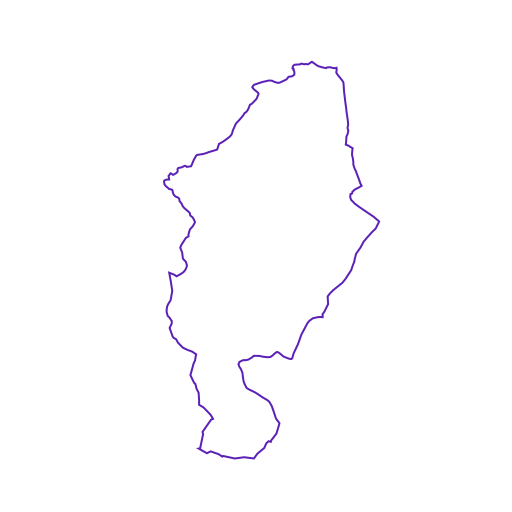 Hulu Sungai Tengah, Kalimantan Selatan, Indonesia (Natural Earth projection), rotated 106°
{"feature_id": "22746128B20472072190374", "entity_name": "Hulu Sungai Tengah", "entity_type": "district", "adm_level": 2, "iso_a3": "IDN", "parent_name": "Indonesia", "parent_adm1": "Kalimantan Selatan", "projection": "natural_earth1", "projection_center": [115.446, -2.611], "detail": "fine", "context": "isolated", "style": "outline", "palette": "violet", "viewbox_px": 512, "rotation_deg": 106, "n_neighbors": 0, "source": "geoboundaries", "source_scale": "gbopen_adm2", "svg_char_len": 5206}
<svg xmlns="http://www.w3.org/2000/svg" viewBox="0 0 512 512"><g transform="rotate(106 256 256)"><path d="M188.3,147.1L188.7,147.3L187.3,150.6L185.8,153.8L184.9,156.6L184.3,158.3L184.1,159.1L183.3,161.5L180.7,169.4L179.5,172.7L179.1,173.7L178.6,175.1L175.9,179.9L175.1,180.6L174.8,180.8L174.5,181.0L173.1,181.8L171.8,182.0L171.1,182.1L170.3,182.2L169.7,181.1L169.3,180.9L168.6,180.9L167.6,181.0L166.7,180.4L166.4,180.3L166.2,180.1L165.4,179.7L164.8,179.3L164.0,178.5L163.6,178.0L162.3,176.5L159.4,173.8L157.5,175.7L155.4,177.1L153.1,178.8L150.5,180.7L148.7,182.2L147.8,182.6L144.5,185.5L141.4,187.6L138.6,188.4L135.1,190.0L132.3,191.6L128.2,192.5L125.8,192.8L125.3,194.6L125.1,195.6L124.7,196.7L124.5,197.4L124.2,200.4L123.4,200.5L121.5,200.8L118.9,201.4L116.1,202.0L114.8,201.7L113.3,201.6L112.6,201.6L110.1,201.8L109.2,202.4L107.7,203.3L106.2,203.5L104.6,203.5L100.9,204.9L92.7,208.6L88.3,210.4L85.0,211.9L74.1,216.5L65.3,219.7L64.3,220.6L64.1,220.9L64.0,221.0L63.4,221.6L63.3,221.8L62.4,223.1L61.5,224.2L60.7,225.5L60.2,226.3L59.7,226.9L59.4,227.3L58.3,228.7L57.4,229.4L55.9,229.7L54.9,229.7L53.8,230.1L52.9,230.5L53.2,231.0L53.9,232.5L54.1,234.4L54.1,236.7L54.7,238.5L55.1,239.6L56.1,240.4L56.4,244.8L56.3,246.6L56.4,247.5L56.4,247.8L56.3,248.4L56.1,249.5L55.3,251.8L53.9,255.8L54.0,255.9L56.0,257.6L57.5,259.0L57.8,261.5L58.4,262.4L58.6,265.6L59.7,266.5L59.8,266.9L60.1,267.7L60.3,268.3L61.4,271.4L61.9,271.9L62.1,272.1L62.7,272.5L63.4,272.8L64.2,272.8L64.8,272.6L65.3,272.7L65.6,272.6L65.6,271.7L66.0,271.2L66.9,271.3L67.9,270.2L69.5,269.5L71.2,269.2L73.2,270.7L74.8,274.1L77.2,275.1L77.8,275.3L81.7,279.7L81.8,279.8L82.8,281.0L83.5,282.5L83.6,284.3L83.6,285.6L83.4,287.4L83.1,288.8L83.1,289.2L83.6,291.1L83.7,291.9L87.2,298.2L91.9,305.0L93.7,305.9L94.8,306.1L96.3,304.1L98.5,299.0L99.4,298.2L104.7,298.8L105.0,298.9L110.7,301.9L112.3,303.5L116.5,303.9L118.3,304.3L120.3,305.1L120.5,305.2L121.6,306.3L122.5,306.6L123.9,306.9L125.8,307.7L127.5,308.4L128.0,308.7L130.0,309.6L134.2,311.8L138.7,312.4L141.7,312.9L144.0,312.8L145.9,313.0L146.0,313.0L148.2,313.9L151.3,316.2L152.9,317.4L155.5,319.5L158.5,322.5L163.4,322.6L164.6,322.9L169.4,330.4L170.7,332.0L172.8,335.4L172.8,335.6L175.1,340.5L176.1,341.2L180.8,342.3L181.0,342.3L187.6,343.1L189.4,347.0L189.2,347.5L189.0,347.9L188.9,348.8L189.1,349.6L190.2,350.7L191.3,351.9L192.7,354.8L193.0,355.1L194.1,355.4L194.9,355.1L195.1,355.0L195.6,354.8L196.8,354.7L198.1,355.4L200.8,357.9L200.8,358.5L200.4,359.5L200.2,360.1L200.0,360.6L200.2,361.1L200.6,361.2L202.0,361.6L203.2,362.1L203.3,362.0L206.4,360.6L207.3,363.3L208.7,364.9L210.0,364.9L210.9,364.4L212.4,363.7L213.7,361.9L214.7,359.7L215.5,358.0L215.4,356.2L215.4,355.4L215.5,355.0L215.5,354.8L216.3,354.1L217.6,353.6L218.4,353.0L219.4,352.3L220.3,351.2L220.8,350.2L221.2,348.8L221.2,347.8L221.2,347.6L221.9,345.8L223.0,345.2L224.3,344.6L226.4,341.7L226.9,341.3L228.1,340.4L229.6,338.3L232.0,333.2L232.4,332.3L233.3,331.2L234.5,330.8L235.3,330.1L236.3,327.6L238.2,325.6L240.2,324.0L241.7,324.2L243.0,324.5L245.1,325.1L248.6,326.8L251.1,326.9L253.4,326.9L254.0,326.8L255.7,326.3L257.9,328.4L266.3,330.9L269.0,331.1L272.9,328.0L278.7,325.5L281.0,321.7L284.2,319.7L285.8,319.7L288.8,320.1L291.4,321.2L293.3,322.7L295.3,324.5L296.4,325.8L296.7,326.1L297.4,326.7L296.5,329.5L296.0,334.8L303.7,331.0L312.5,326.9L317.3,326.4L322.0,325.9L326.6,327.2L329.0,327.5L332.8,327.0L334.6,326.4L337.9,324.4L339.1,322.2L341.8,319.0L344.2,318.4L349.0,319.2L356.4,313.9L357.4,312.7L358.0,309.9L360.8,307.1L364.3,301.0L365.1,296.3L365.5,291.1L367.0,286.4L369.3,286.3L370.7,286.1L372.0,285.9L372.8,285.8L377.3,286.4L379.2,286.3L379.5,286.3L388.6,286.2L391.8,283.4L395.0,280.5L395.7,279.1L395.8,279.1L396.7,278.5L396.8,278.3L399.8,276.7L400.9,275.7L401.0,275.6L401.6,275.1L401.8,274.9L402.4,274.3L403.2,273.5L410.4,270.9L414.7,269.7L416.1,264.6L421.2,255.8L424.4,252.4L425.8,254.1L439.8,258.9L442.1,257.6L442.6,257.7L456.2,256.7L456.9,258.0L458.4,252.0L459.1,248.8L456.3,245.7L456.8,237.4L458.1,233.1L457.3,232.7L456.5,220.6L452.7,211.9L451.2,202.2L445.7,200.2L438.2,195.1L433.3,194.5L430.6,192.9L430.5,190.5L429.2,190.6L421.1,187.4L412.2,187.3L410.2,187.4L408.4,189.8L408.3,190.0L407.2,191.4L405.8,192.7L404.3,193.6L402.8,194.7L400.7,196.1L395.9,199.5L392.4,203.1L391.1,206.3L390.8,207.9L390.4,209.3L390.0,211.0L389.4,212.7L388.8,214.5L387.4,219.1L386.3,225.4L385.8,227.4L385.3,228.8L382.6,231.3L380.2,233.2L376.0,235.2L372.1,236.8L369.0,239.2L366.9,241.6L364.9,243.0L362.4,242.7L360.9,241.1L359.5,239.4L359.1,237.4L357.7,234.8L354.5,231.8L352.6,230.7L351.1,225.2L350.9,221.7L350.2,217.2L349.1,214.3L347.0,212.6L344.5,211.1L342.5,209.5L342.5,208.0L343.3,205.7L345.0,202.1L345.5,197.8L345.6,195.2L345.2,193.5L343.9,192.9L342.2,193.0L339.2,193.0L329.5,191.4L323.7,191.0L319.0,190.7L306.6,188.1L303.7,186.9L300.1,184.1L297.6,179.4L296.6,176.2L296.5,175.1L295.7,175.2L293.7,176.0L290.6,174.9L282.4,173.4L282.1,173.5L275.1,176.0L271.2,174.4L267.6,172.4L257.8,165.5L253.2,163.6L243.4,160.6L238.9,160.4L238.6,160.4L233.8,159.9L233.4,160.2L226.5,160.4L224.8,159.9L223.7,159.5L219.1,157.9L212.6,156.5L207.5,154.2L200.7,150.9L197.2,148.8L196.0,148.4L188.8,147.1L188.3,147.1Z" fill="none" stroke="#5b21b6" stroke-width="2"/></g></svg>